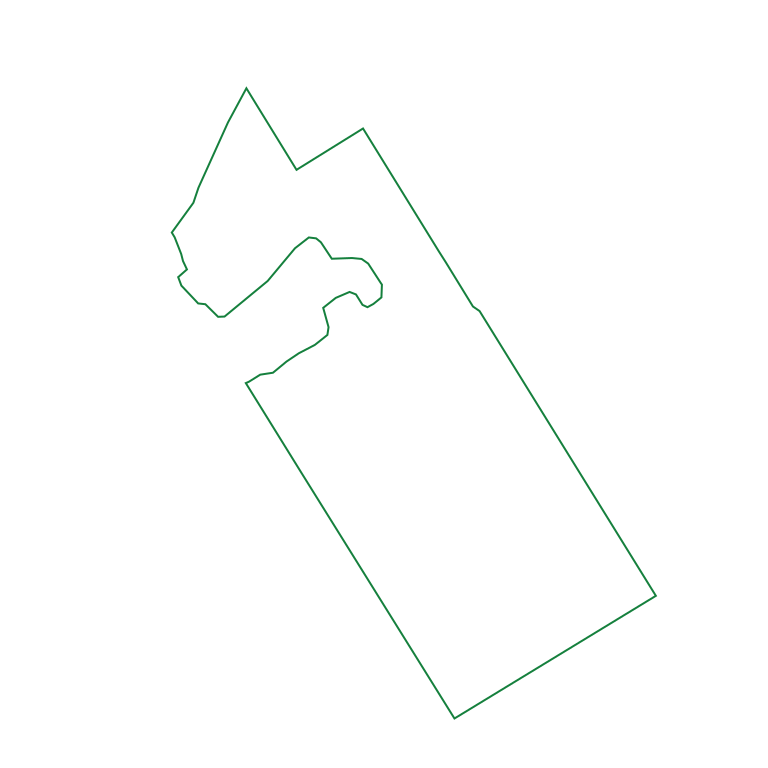 Charlotte, Florida, United States of America, rotated 58°
{"feature_id": "52423323B39160011861592", "entity_name": "Charlotte", "entity_type": "district", "adm_level": 2, "iso_a3": "USA", "parent_name": "United States of America", "parent_adm1": "Florida", "projection": "mercator", "projection_center": [-82.101, 26.901], "detail": "fine", "context": "isolated", "style": "outline", "palette": "green", "viewbox_px": 768, "rotation_deg": 58, "n_neighbors": 0, "source": "geoboundaries", "source_scale": "gbopen_adm2", "svg_char_len": 835}
<svg xmlns="http://www.w3.org/2000/svg" viewBox="0 0 768 768"><g transform="rotate(58 384 384)"><path d="M313.7,267.1L300.6,267.2L156.2,266.4L156.0,344.7L60.3,344.0L79.5,377.7L119.2,437.3L129.3,449.6L143.1,483.7L148.7,483.8L166.3,487.1L173.2,489.3L182.4,490.4L184.3,501.9L193.2,503.7L209.6,500.4L217.2,498.9L221.7,493.2L239.1,489.1L242.3,483.5L235.0,428.1L221.7,387.5L219.9,370.1L224.5,364.4L230.4,362.4L250.1,361.9L260.2,344.4L266.1,336.7L273.5,333.6L296.7,333.2L298.6,333.1L309.2,340.3L310.3,349.0L310.5,350.6L310.1,357.3L305.5,360.3L293.2,360.3L287.7,364.4L285.4,379.3L287.2,395.2L306.4,400.9L312.4,406.0L314.2,421.9L312.8,439.9L313.3,454.8L315.6,472.2L310.5,484.0L310.5,497.3L310.0,500.7L414.1,501.1L414.3,501.1L705.0,501.5L707.7,265.7L372.8,264.3L365.4,267.5L313.7,267.1Z" fill="none" stroke="#15803d" stroke-width="2"/></g></svg>